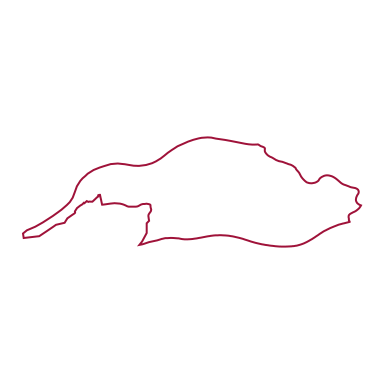 outline of Altena, Noord-Brabant, Netherlands
{"feature_id": "6326949B90099876945918", "entity_name": "Altena", "entity_type": "district", "adm_level": 2, "iso_a3": "NLD", "parent_name": "Netherlands", "parent_adm1": "Noord-Brabant", "projection": "natural_earth1", "projection_center": [4.974, 51.77], "detail": "fine", "context": "isolated", "style": "outline", "palette": "rose", "viewbox_px": 384, "rotation_deg": 0, "n_neighbors": 0, "source": "geoboundaries", "source_scale": "gbopen_adm2", "svg_char_len": 5783}
<svg xmlns="http://www.w3.org/2000/svg" viewBox="0 0 384 384"><path d="M257.8,144.4L257.2,144.5L254.5,144.6L252.3,144.6L248.7,144.3L245.3,143.8L240.2,142.8L230.5,140.9L224.9,139.9L215.9,138.6L211.3,137.6L207.7,137.4L201.6,137.8L198.6,138.4L193.3,139.8L191.3,140.5L188.1,141.6L185.2,142.9L183.4,143.7L181.1,144.7L177.5,146.3L174.0,148.6L172.1,149.8L167.8,152.8L164.4,155.6L160.4,158.7L160.0,158.9L155.9,161.4L152.1,163.2L146.0,165.0L138.9,165.9L133.6,165.7L129.3,165.0L124.6,164.2L123.5,164.1L117.7,163.5L110.7,164.1L103.8,166.2L99.5,167.6L93.6,170.0L87.7,173.7L85.3,176.0L82.6,178.3L80.3,180.9L76.9,186.3L74.7,192.4L72.7,197.7L69.8,202.1L66.8,205.1L61.6,209.6L58.1,212.2L52.8,216.0L42.9,222.4L35.3,226.7L26.9,230.3L23.0,233.5L23.7,238.0L36.5,236.5L39.2,236.2L46.4,231.4L53.6,226.5L56.0,224.8L64.6,222.8L66.0,220.5L67.4,218.3L72.1,215.0L74.5,213.4L75.1,212.7L74.9,211.4L77.0,208.1L80.2,205.6L82.4,204.3L83.8,202.8L84.4,203.2L86.8,201.1L88.3,201.9L89.2,201.6L89.6,201.6L92.2,201.7L92.4,201.6L92.5,201.6L92.9,201.2L93.6,200.6L93.9,200.3L94.1,200.1L95.3,199.0L97.0,197.3L97.3,197.1L97.5,197.0L97.9,197.0L98.0,197.1L98.3,197.2L98.3,197.3L98.2,197.0L98.1,196.8L98.1,196.5L98.1,196.4L98.1,195.9L98.2,195.7L98.2,195.4L98.3,195.3L98.3,195.2L98.5,195.1L98.9,195.0L99.2,194.9L99.7,194.9L100.0,194.9L100.9,199.2L101.0,199.3L101.2,200.5L102.1,204.7L102.5,204.7L105.6,204.3L110.4,203.6L114.5,203.2L117.3,203.4L118.4,203.5L119.9,203.6L122.0,204.1L123.6,204.6L125.5,205.4L127.3,206.3L128.8,206.7L133.0,206.7L135.6,206.7L137.1,206.5L138.3,206.1L140.4,204.9L140.7,204.7L141.8,204.3L143.0,204.0L144.5,204.0L146.6,203.7L148.6,204.1L149.4,204.3L149.9,204.5L150.3,204.8L150.4,205.2L150.5,205.6L150.5,206.4L150.6,207.3L150.8,208.1L151.0,208.8L151.2,209.5L151.1,210.1L151.0,210.8L150.7,211.5L150.4,211.9L149.6,213.0L149.0,213.9L148.7,214.4L148.5,215.0L148.4,215.6L148.4,216.3L148.6,217.6L148.7,218.5L149.1,220.8L148.7,221.2L148.5,221.4L146.7,223.3L146.7,224.1L146.7,225.0L146.7,226.7L146.7,230.9L146.7,233.0L142.1,241.5L139.4,244.9L142.0,244.4L144.4,243.7L147.3,242.7L149.1,242.1L157.5,240.3L157.7,240.2L159.7,239.6L161.8,238.9L162.0,238.9L162.9,238.7L164.1,238.4L165.1,238.2L165.6,238.1L166.8,238.1L167.9,238.1L170.9,237.9L173.3,238.0L177.2,238.3L177.9,238.3L178.8,238.4L181.1,238.9L182.3,239.1L183.4,239.2L184.3,239.3L185.3,239.3L186.2,239.3L187.3,239.3L188.0,239.3L190.0,239.2L192.4,239.0L194.3,238.7L196.7,238.4L198.2,238.1L199.8,237.8L200.6,237.7L203.2,237.2L207.3,236.4L208.6,236.2L209.5,236.1L210.4,235.9L211.2,235.8L212.7,235.6L213.6,235.5L214.6,235.4L216.4,235.3L218.1,235.3L219.3,235.2L219.9,235.2L221.0,235.2L222.5,235.3L224.2,235.4L224.8,235.4L226.0,235.5L227.5,235.6L229.2,235.8L230.7,236.1L232.3,236.3L234.7,236.8L235.4,237.0L236.8,237.3L239.4,237.9L242.7,238.8L244.7,239.5L247.9,240.5L251.2,241.6L253.3,242.2L255.4,242.8L257.9,243.4L261.9,244.3L263.2,244.5L264.3,244.7L265.3,244.9L268.3,245.3L269.3,245.5L270.9,245.7L273.0,245.9L275.2,246.2L277.5,246.4L279.0,246.5L279.6,246.5L281.3,246.6L283.6,246.6L285.5,246.6L287.8,246.5L290.2,246.4L291.2,246.3L291.8,246.3L293.1,246.1L293.9,246.1L295.5,245.8L296.4,245.7L296.9,245.6L297.7,245.4L298.7,245.1L299.5,244.9L301.1,244.4L302.8,243.8L304.3,243.2L305.1,242.8L306.8,242.0L309.0,240.8L309.5,240.5L310.5,239.9L312.0,239.1L312.9,238.5L313.8,237.9L314.5,237.5L315.6,236.7L316.2,236.3L316.7,236.0L316.8,235.9L318.2,235.0L319.7,233.9L321.6,232.7L323.1,231.7L324.3,231.0L326.0,230.2L327.5,229.4L328.6,228.9L329.5,228.4L330.4,228.0L331.6,227.5L333.3,226.8L333.6,226.7L334.0,226.5L335.1,226.1L338.6,224.7L342.0,223.8L343.0,223.5L343.7,223.4L350.4,221.7L349.4,221.5L349.3,221.4L349.0,220.7L348.9,219.9L348.9,219.0L348.8,218.2L348.6,217.4L348.6,216.5L348.7,215.7L349.1,214.9L350.0,214.0L351.4,213.2L352.4,212.7L352.9,212.4L354.5,211.7L355.6,211.1L356.6,210.4L357.6,209.6L358.3,209.0L359.2,208.2L359.8,207.3L360.4,206.5L361.0,205.4L359.7,204.9L358.7,204.3L357.3,203.2L356.7,202.3L356.3,201.5L356.0,200.7L355.9,199.8L355.9,199.5L356.0,199.0L356.1,198.2L356.3,197.3L356.7,196.5L357.0,195.7L357.5,194.8L358.1,194.0L358.5,193.2L358.7,192.3L358.7,191.5L358.5,190.7L358.1,189.8L357.2,189.0L356.5,188.6L355.4,188.1L354.4,187.9L353.3,187.7L352.8,187.6L352.3,187.5L351.2,187.3L350.2,187.0L349.1,186.5L348.1,186.1L347.0,185.7L346.0,185.3L343.9,184.6L342.8,184.1L341.8,183.5L340.7,182.7L339.7,181.8L337.5,179.9L337.4,179.8L337.0,179.5L336.4,179.0L336.0,178.7L335.7,178.5L335.5,178.3L335.0,178.0L333.9,177.3L333.7,177.2L333.0,176.8L332.7,176.7L332.2,176.4L331.8,176.3L331.3,176.1L330.2,175.8L329.3,175.6L329.1,175.5L328.1,175.4L327.0,175.3L326.0,175.4L324.9,175.6L323.9,175.9L323.8,176.0L322.9,176.4L321.7,177.0L320.7,177.7L319.7,178.6L319.4,179.1L318.9,179.9L318.3,180.8L317.2,181.6L316.5,182.0L315.5,182.5L314.5,182.8L313.4,183.0L312.4,183.2L311.4,183.3L310.3,183.2L309.2,183.1L308.2,182.8L307.1,182.5L306.1,181.9L305.8,181.6L304.8,180.8L304.0,180.0L303.2,179.2L302.4,178.3L301.8,177.5L301.2,176.7L300.7,175.8L300.3,175.0L299.8,174.1L299.5,173.4L299.3,173.1L298.9,172.5L298.3,171.8L298.1,171.5L297.4,170.8L296.7,170.0L296.2,169.3L296.1,169.2L295.5,167.9L294.4,167.0L294.1,166.8L293.9,166.7L293.4,166.2L292.4,165.6L291.3,165.0L290.3,164.6L290.2,164.6L289.1,164.3L288.1,164.0L287.0,163.5L286.1,163.2L285.8,163.1L285.0,162.8L283.7,162.3L282.8,162.0L282.3,161.8L281.7,161.7L280.7,161.5L279.8,161.3L279.6,161.3L279.4,161.2L278.7,161.1L277.6,160.6L276.5,160.2L275.5,159.7L275.1,159.4L273.8,158.6L273.3,158.3L272.3,157.7L271.3,157.2L270.2,156.8L269.2,156.2L268.8,156.0L268.7,155.9L268.1,155.5L267.7,155.2L267.2,154.7L266.0,153.4L265.5,152.6L265.0,151.8L264.8,151.0L264.8,150.4L264.8,150.0L264.8,149.5L264.9,149.1L264.9,148.5L264.7,148.0L264.3,147.6L263.8,147.3L262.8,146.8L260.7,146.1L259.6,145.4L258.6,144.7L257.8,144.4Z" fill="none" stroke="#9f1239" stroke-width="2"/></svg>